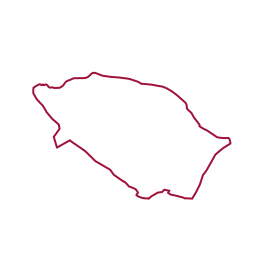 the district of Melhan, Al Hudaydah, Yemen, rotated 135°
{"feature_id": "15242507B19184333962868", "entity_name": "Melhan", "entity_type": "district", "adm_level": 2, "iso_a3": "YEM", "parent_name": "Yemen", "parent_adm1": "Al Hudaydah", "projection": "mercator", "projection_center": [43.334, 15.324], "detail": "fine", "context": "isolated", "style": "outline", "palette": "rose", "viewbox_px": 256, "rotation_deg": 135, "n_neighbors": 0, "source": "geoboundaries", "source_scale": "gbopen_adm2", "svg_char_len": 2311}
<svg xmlns="http://www.w3.org/2000/svg" viewBox="0 0 256 256"><g transform="rotate(135 128 128)"><path d="M87.5,150.6L87.7,151.7L88.0,152.8L88.4,154.0L91.8,160.8L93.4,163.3L95.0,165.3L95.4,165.8L96.9,167.8L98.6,170.0L104.0,176.3L106.1,179.1L109.0,182.9L111.4,188.3L112.4,190.4L113.3,191.2L113.8,191.8L115.4,192.2L119.8,192.3L122.5,193.3L124.2,194.7L126.7,197.2L130.7,201.1L132.4,202.1L135.0,203.0L137.1,204.0L137.9,204.2L139.1,204.6L141.2,204.4L143.3,204.0L144.6,204.0L146.0,204.3L148.0,204.8L151.9,208.5L152.2,209.2L152.5,210.0L153.5,210.8L154.7,211.8L154.9,212.5L155.1,213.0L155.1,213.5L155.0,214.0L154.8,214.8L154.8,215.7L155.0,216.2L155.3,216.9L155.6,217.2L156.1,217.3L156.4,217.3L156.9,217.6L157.2,217.9L157.4,218.2L157.5,218.6L157.5,219.0L158.0,219.2L158.4,219.2L158.7,219.4L159.0,219.8L159.0,220.4L159.2,220.9L159.4,221.3L160.0,221.6L161.0,222.0L163.3,222.7L166.3,223.3L168.2,221.8L170.2,219.7L170.5,219.1L170.7,218.5L172.2,212.7L172.3,209.0L172.4,207.6L172.4,204.3L173.7,198.7L174.3,197.1L175.1,188.3L174.5,179.3L177.0,175.8L186.8,174.2L192.0,164.5L192.0,164.4L181.4,161.4L177.8,160.4L177.5,157.6L175.3,145.8L174.9,143.5L174.8,142.9L174.6,141.7L174.5,134.0L174.5,133.7L174.5,128.5L174.5,127.7L170.1,111.0L170.5,108.7L170.7,107.5L171.1,104.8L171.1,104.7L170.2,99.8L170.1,99.3L170.1,99.0L169.5,95.9L168.9,93.0L168.7,93.0L168.4,91.6L168.4,89.2L168.7,86.1L167.1,82.7L165.9,79.4L166.2,76.6L166.8,75.1L168.9,75.0L169.5,74.4L169.2,72.6L167.6,68.9L165.5,65.9L163.5,64.1L163.5,63.5L163.3,63.4L159.4,63.1L156.3,62.2L152.7,61.3L149.3,58.7L145.9,58.6L143.2,54.5L145.5,53.8L145.0,51.0L142.5,47.1L141.2,45.0L141.2,44.9L138.5,40.4L137.4,37.8L136.5,37.1L132.6,32.7L125.2,34.5L116.9,37.3L108.3,41.7L106.0,42.0L102.2,42.6L100.7,43.0L86.0,47.1L85.1,47.4L78.5,46.9L76.3,46.6L76.0,46.7L70.8,45.6L66.6,44.6L65.8,45.5L65.0,46.7L64.0,48.6L64.0,49.1L64.0,49.9L64.7,50.6L66.5,52.2L68.0,53.9L69.3,55.4L70.9,57.5L71.6,58.8L72.2,62.2L72.4,63.2L73.7,69.6L73.7,70.0L74.8,73.1L75.7,76.1L75.8,76.7L75.8,76.8L76.2,78.7L75.2,79.5L73.8,89.2L73.6,90.0L72.5,93.8L72.7,98.3L72.6,100.0L70.1,103.1L69.5,105.5L70.1,115.4L70.3,117.5L71.1,123.1L72.2,127.2L72.6,128.8L74.4,133.0L76.8,136.3L80.3,141.5L81.7,143.2L86.7,149.3L86.9,149.4L87.1,149.6L87.3,149.8L87.4,150.1L87.5,150.3L87.5,150.6Z" fill="none" stroke="#9f1239" stroke-width="2"/></g></svg>